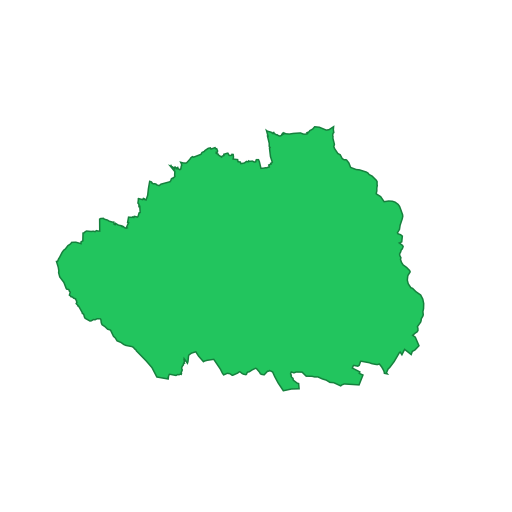 outline of Poduri, Bacau, Romania, rotated 201°
{"feature_id": "2599482B30371086214997", "entity_name": "Poduri", "entity_type": "district", "adm_level": 2, "iso_a3": "ROU", "parent_name": "Romania", "parent_adm1": "Bacau", "projection": "equal_earth", "projection_center": [26.579, 46.458], "detail": "fine", "context": "isolated", "style": "filled", "palette": "green", "viewbox_px": 512, "rotation_deg": 201, "n_neighbors": 0, "source": "geoboundaries", "source_scale": "gbopen_adm2", "svg_char_len": 6135}
<svg xmlns="http://www.w3.org/2000/svg" viewBox="0 0 512 512"><g transform="rotate(201 256 256)"><path d="M359.9,316.5L358.7,315.4L357.8,313.9L358.0,313.2L357.4,310.3L358.0,309.3L359.9,309.6L360.8,310.6L361.1,310.0L360.9,309.2L361.0,309.0L361.4,309.1L361.6,309.8L362.4,309.7L363.5,310.1L363.7,309.6L363.3,308.4L364.4,309.0L365.3,308.9L365.8,309.3L366.8,309.1L367.6,309.8L367.6,309.3L368.3,309.3L362.0,305.7L360.9,302.2L360.2,301.4L360.5,300.3L361.4,299.4L361.3,298.6L362.2,298.4L362.7,297.5L362.5,296.1L362.9,294.5L370.5,289.0L371.6,287.0L374.0,286.8L375.0,287.3L376.5,287.2L377.7,286.6L379.4,286.8L379.5,287.3L380.4,287.7L382.0,287.6L380.6,280.4L378.9,273.9L378.7,268.9L380.6,268.8L380.6,269.4L381.8,269.4L382.0,268.0L386.3,267.5L386.4,267.1L386.0,266.5L385.2,263.1L383.8,262.3L383.0,260.2L382.3,260.7L379.7,255.1L380.6,254.4L380.3,250.6L380.7,249.8L383.6,249.5L383.9,249.3L383.8,248.2L384.2,248.1L384.3,248.5L385.3,248.2L385.3,247.9L385.9,247.5L388.9,246.6L387.9,241.3L386.9,241.4L387.2,236.4L386.4,236.1L387.1,235.4L388.1,235.3L389.4,235.4L390.2,236.0L391.2,235.5L391.8,236.0L392.1,235.6L392.7,236.0L395.5,235.5L398.8,236.1L398.6,234.9L399.1,234.8L399.2,235.2L399.9,234.9L400.9,236.7L402.0,236.2L405.6,235.9L407.6,236.3L410.8,236.0L411.9,236.5L414.5,235.3L415.2,234.4L410.8,223.2L412.2,222.7L414.1,222.5L414.9,221.1L416.8,220.8L418.7,219.8L423.1,218.6L424.1,217.5L424.9,215.9L425.7,215.4L423.1,208.1L424.4,206.5L423.8,204.8L429.2,204.3L432.9,202.7L433.6,200.6L435.3,198.3L436.5,194.2L437.6,192.5L438.3,189.9L438.9,184.3L439.3,182.5L439.3,180.0L440.3,179.4L436.7,174.8L434.8,171.6L434.3,169.7L431.7,166.1L425.9,162.5L421.4,157.5L420.6,157.2L419.2,157.6L418.1,157.1L417.8,156.4L416.4,155.6L416.2,152.6L414.7,152.2L414.3,151.7L412.5,151.9L411.2,151.3L409.1,151.4L408.8,150.7L407.5,150.0L407.1,148.9L406.6,148.6L406.8,147.1L404.5,146.1L404.5,145.6L403.6,145.5L402.2,144.5L397.6,140.6L397.5,140.1L396.2,140.0L394.6,138.1L394.6,137.8L393.2,136.6L387.7,135.8L386.5,136.5L385.0,138.4L383.4,138.8L382.0,140.4L378.8,141.6L378.0,141.0L376.5,138.2L375.1,136.7L371.6,135.9L368.3,134.5L365.3,134.7L360.2,129.9L358.0,129.1L355.3,127.0L351.1,126.9L347.8,126.0L345.5,125.9L339.2,127.0L337.6,126.7L335.9,125.7L334.7,125.5L333.7,124.6L320.9,118.7L313.1,114.5L305.2,107.5L293.9,109.7L294.2,111.0L294.5,111.0L294.6,114.3L294.2,114.7L287.9,115.8L286.6,117.3L285.4,117.5L284.1,118.7L283.4,118.7L283.5,119.6L284.0,119.6L284.0,123.2L284.9,124.1L285.3,125.2L285.3,126.7L284.8,128.2L285.1,129.5L284.4,130.3L285.1,130.8L285.0,132.5L286.0,133.2L286.3,134.4L281.6,131.3L281.7,133.1L283.2,138.7L283.1,139.7L281.5,142.1L277.9,145.0L273.8,142.0L267.2,138.5L266.4,139.5L264.1,141.2L258.4,144.4L248.8,137.7L245.3,134.5L243.6,133.4L240.8,136.2L238.1,136.8L235.5,136.1L234.9,136.4L231.2,140.1L230.0,142.0L229.1,142.1L227.1,141.4L225.5,141.2L222.9,141.6L222.5,142.3L222.6,143.0L222.3,144.5L220.8,145.5L218.7,148.4L216.2,151.0L215.1,151.0L211.4,149.0L209.6,147.6L208.3,147.5L205.8,148.0L203.9,152.6L202.7,153.1L202.2,154.0L198.9,153.7L195.3,150.1L189.7,145.3L182.2,140.0L175.3,144.5L168.2,147.5L170.5,152.2L171.9,152.0L176.5,153.4L177.0,153.8L177.6,155.0L179.1,155.5L180.3,156.5L180.3,157.4L181.5,158.3L181.5,160.4L178.7,160.5L176.9,162.1L171.4,164.1L166.1,161.8L160.5,163.8L158.0,164.1L155.0,165.3L150.0,165.0L146.0,165.3L141.7,164.5L138.0,165.6L130.4,165.1L129.6,166.5L127.7,168.2L113.6,172.6L113.5,183.2L117.5,183.4L117.5,185.0L125.9,185.9L125.9,188.2L125.6,188.9L121.5,189.6L120.5,190.9L120.6,195.1L119.9,195.5L111.9,197.0L109.4,197.0L104.9,197.8L103.8,198.1L102.1,199.4L98.7,197.3L96.3,195.3L94.9,193.9L94.1,192.5L91.2,193.0L92.4,193.7L92.2,197.8L91.2,199.9L89.2,206.9L87.5,217.2L87.0,218.0L84.4,216.1L83.8,222.1L75.8,219.6L75.9,222.9L73.9,225.3L71.7,230.6L78.2,237.3L81.3,238.1L79.5,241.5L78.6,242.5L78.1,244.4L78.9,246.4L80.0,247.9L78.6,253.3L78.7,254.8L79.2,256.6L78.7,259.7L78.8,261.0L80.3,264.0L80.7,266.8L82.4,271.7L84.9,275.6L88.3,278.6L93.9,280.0L98.2,281.9L100.1,281.9L104.0,284.7L106.1,287.7L107.1,291.5L107.2,292.2L106.4,296.4L107.4,297.5L111.3,299.3L115.5,300.4L117.9,302.2L119.9,304.6L120.1,306.3L121.9,307.9L122.7,309.4L122.4,311.6L122.6,313.7L122.0,315.0L122.0,317.5L123.0,318.4L126.9,319.5L125.0,321.4L126.5,327.0L128.6,327.7L131.3,327.6L132.3,328.4L131.6,332.2L132.5,336.4L132.8,343.1L133.2,345.6L133.9,347.0L137.4,351.1L139.7,353.7L141.8,355.1L145.4,356.1L148.2,356.0L151.8,354.9L155.9,352.6L160.9,356.1L165.9,357.1L166.2,357.5L166.5,360.0L167.6,362.8L168.1,365.4L168.7,366.3L169.6,368.8L170.8,369.8L176.2,372.2L179.7,372.6L181.0,373.5L183.0,373.9L190.2,373.5L193.5,372.6L199.4,372.6L202.7,376.2L205.9,378.1L206.9,378.0L208.1,377.4L209.7,377.7L210.5,377.9L213.7,380.7L216.3,381.0L221.0,384.3L222.6,386.0L222.8,388.3L226.5,393.6L226.9,395.1L227.5,395.7L228.1,398.0L227.6,399.1L229.1,401.7L229.9,404.5L233.1,400.1L235.5,398.7L243.0,398.9L247.5,397.7L248.6,394.8L250.7,392.3L251.0,390.9L252.5,389.5L251.7,389.2L251.8,388.6L253.8,387.3L255.3,386.8L258.6,386.8L265.1,383.8L268.5,381.8L271.8,380.8L274.0,380.9L273.6,380.1L274.2,379.5L274.4,380.2L275.1,380.2L275.5,378.4L275.3,377.8L276.7,376.5L278.2,376.4L279.8,376.8L280.4,376.4L283.1,377.0L283.6,377.7L284.1,377.5L284.1,376.4L286.3,377.0L290.2,376.6L291.2,376.9L287.7,372.2L288.2,372.0L284.0,365.9L283.0,363.2L281.7,362.2L282.1,361.6L278.1,354.0L274.4,349.4L274.9,348.3L275.5,347.8L274.9,347.2L276.7,345.5L275.5,344.0L278.0,341.9L279.0,341.7L279.8,341.0L282.8,339.6L286.7,345.3L288.2,346.8L289.9,346.2L290.3,345.7L290.0,343.8L291.3,343.1L293.4,343.3L296.0,342.0L296.9,342.2L297.1,341.1L298.8,340.9L300.2,338.6L303.2,336.8L304.3,338.1L306.6,337.6L307.7,339.4L312.1,338.3L312.5,340.4L313.7,342.6L314.9,342.3L314.9,341.2L316.5,340.4L317.5,340.5L319.1,341.9L319.6,341.7L322.5,339.4L321.9,338.3L323.4,337.1L323.5,336.0L326.7,336.7L327.6,337.0L327.8,337.5L329.8,337.6L329.7,338.3L330.2,338.6L329.3,339.2L329.5,340.3L331.2,342.1L332.1,341.7L333.1,342.5L336.3,339.7L337.3,340.6L339.2,339.4L341.5,336.1L341.7,335.1L343.5,333.3L343.8,331.2L349.8,325.8L350.7,326.1L351.3,325.5L352.1,324.1L352.3,322.8L354.1,318.2L355.0,317.5L357.2,316.8L359.9,316.5Z" fill="#22c55e" stroke="#15803d" stroke-width="1.5"/></g></svg>